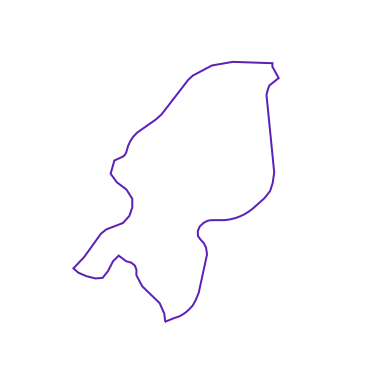 Territoire de Belfort, Albers equal-area conic projection, rotated 54°
{"feature_id": "FRA-5348", "entity_name": "Territoire de Belfort", "entity_type": "Metropolitan department", "adm_level": 1, "iso_a3": "FRA", "parent_name": "France", "parent_adm1": "", "projection": "albers", "projection_center": [6.973, 47.626], "detail": "fine", "context": "isolated", "style": "outline", "palette": "violet", "viewbox_px": 384, "rotation_deg": 54, "n_neighbors": 0, "source": "natural_earth", "source_scale": "10m", "svg_char_len": 1104}
<svg xmlns="http://www.w3.org/2000/svg" viewBox="0 0 384 384"><g transform="rotate(54 192 192)"><path d="M239.0,287.7L226.6,285.9L222.2,282.6L217.9,281.5L213.6,282.6L209.3,286.0L200.4,288.7L201.6,296.6L206.6,306.4L208.9,314.8L205.3,320.8L198.1,326.9L190.4,331.4L184.1,332.8L181.2,317.4L172.2,290.2L171.9,283.3L176.5,266.0L174.5,256.7L169.3,249.3L162.4,244.3L151.5,243.6L140.0,247.1L129.4,247.1L120.9,236.3L122.8,226.8L122.5,224.4L121.5,222.2L117.2,216.7L114.6,212.1L112.7,207.0L111.7,201.5L112.1,178.7L111.3,171.0L99.1,129.3L98.3,123.0L101.3,101.6L110.7,82.5L135.1,51.2L137.8,53.3L150.8,54.9L151.3,66.8L153.8,70.6L157.3,74.7L224.5,114.0L232.2,121.5L237.1,128.2L239.6,137.0L241.2,153.2L241.2,158.0L240.8,163.0L239.9,167.7L238.5,172.5L236.5,177.3L234.0,182.1L225.8,193.4L224.5,196.3L223.8,200.2L224.4,205.9L227.1,210.4L231.0,213.0L235.4,213.1L240.1,212.5L245.4,213.4L251.3,216.5L277.4,245.7L281.5,252.3L284.3,258.2L285.2,262.9L285.7,267.4L285.6,271.8L285.2,275.2L283.3,281.4L281.3,289.4L281.3,289.6L280.4,289.5L274.1,285.9L262.9,283.5L239.0,287.7Z" fill="none" stroke="#5b21b6" stroke-width="2"/></g></svg>